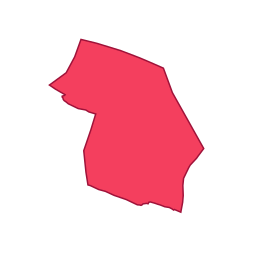 the district of Korle Klottey Municipal, Greater Accra, Ghana, rotated 32°
{"feature_id": "2480657B35357833911053", "entity_name": "Korle Klottey Municipal", "entity_type": "district", "adm_level": 2, "iso_a3": "GHA", "parent_name": "Ghana", "parent_adm1": "Greater Accra", "projection": "albers", "projection_center": [-0.193, 5.56], "detail": "fine", "context": "isolated", "style": "filled", "palette": "rose", "viewbox_px": 256, "rotation_deg": 32, "n_neighbors": 0, "source": "geoboundaries", "source_scale": "gbopen_adm2", "svg_char_len": 919}
<svg xmlns="http://www.w3.org/2000/svg" viewBox="0 0 256 256"><g transform="rotate(32 128 128)"><path d="M146.9,74.5L126.3,58.5L109.3,61.0L100.5,62.4L81.1,66.2L56.7,72.7L41.2,77.8L45.1,95.9L46.3,113.9L38.6,133.2L45.9,133.5L57.0,133.1L56.9,134.0L56.2,134.9L55.3,135.8L55.7,136.6L56.9,137.0L58.0,138.1L59.4,138.6L61.7,138.7L64.6,139.1L75.5,137.9L82.6,135.1L86.3,135.1L93.2,133.2L97.5,149.3L102.5,170.7L115.8,187.8L124.2,197.5L126.6,196.8L135.8,195.7L142.4,193.7L151.9,192.5L164.4,189.6L173.1,188.6L176.6,188.2L178.9,187.0L180.0,186.7L180.7,185.6L181.0,184.3L182.4,183.2L183.5,182.2L184.3,181.9L185.2,181.6L185.0,180.0L186.1,178.9L190.5,177.6L193.6,176.9L196.0,176.2L200.9,175.3L205.2,173.5L208.0,173.3L210.2,173.4L210.6,172.5L217.4,171.4L213.7,162.0L210.6,156.0L205.0,147.7L201.8,141.2L200.5,129.4L200.4,126.5L202.2,117.2L202.3,115.0L203.1,105.3L146.9,74.5Z" fill="#f43f5e" stroke="#9f1239" stroke-width="1.5"/></g></svg>